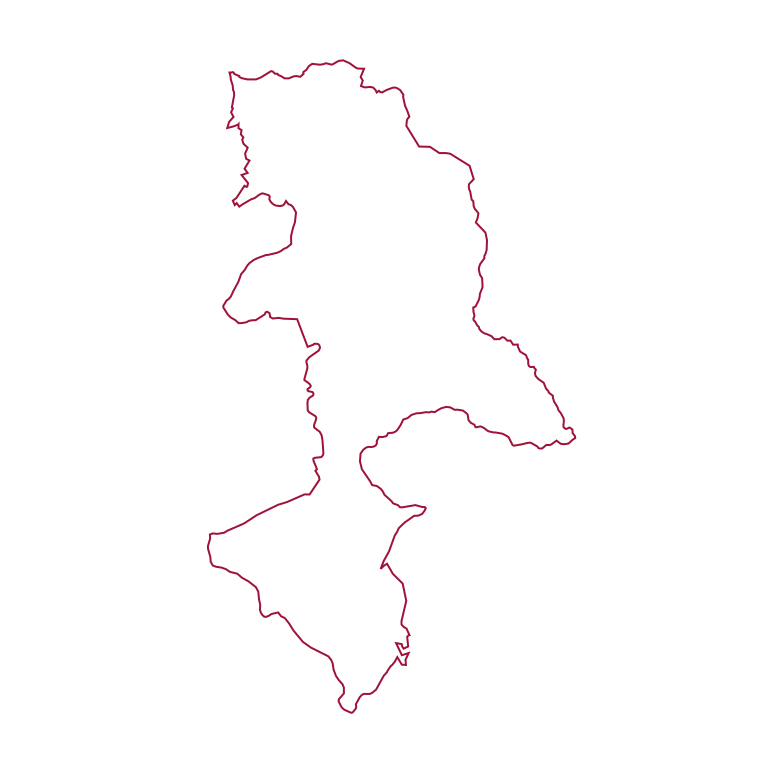 Tepango de Rodríguez, Puebla, Mexico, rotated 86°
{"feature_id": "50627088B77099076149354", "entity_name": "Tepango de Rodríguez", "entity_type": "district", "adm_level": 2, "iso_a3": "MEX", "parent_name": "Mexico", "parent_adm1": "Puebla", "projection": "albers", "projection_center": [-97.782, 20.011], "detail": "fine", "context": "isolated", "style": "outline", "palette": "rose", "viewbox_px": 768, "rotation_deg": 86, "n_neighbors": 0, "source": "geoboundaries", "source_scale": "gbopen_adm2", "svg_char_len": 6097}
<svg xmlns="http://www.w3.org/2000/svg" viewBox="0 0 768 768"><g transform="rotate(86 384 384)"><path d="M62.5,516.4L66.6,515.6L69.5,515.6L75.7,514.1L79.8,514.1L82.3,513.3L85.5,513.3L97.6,516.5L98.3,515.6L98.8,515.6L102.3,517.6L107.1,515.5L111.7,520.2L117.7,522.5L116.7,516.9L115.2,511.6L114.6,511.0L118.7,511.3L120.8,508.4L124.9,509.4L128.2,507.1L130.4,508.4L134.6,507.4L138.7,503.5L144.6,506.5L149.7,505.8L151.7,502.6L159.5,508.1L163.9,505.3L165.6,511.5L174.1,505.6L177.5,506.6L177.8,507.5L176.5,509.4L188.0,518.1L190.6,522.0L195.1,520.4L193.3,518.3L197.0,516.0L195.2,513.1L190.6,503.9L189.4,499.8L186.8,495.8L185.4,492.7L185.5,491.3L187.7,485.8L188.9,484.9L191.8,485.5L194.3,484.3L196.4,482.6L197.9,480.6L198.6,478.9L199.2,475.2L199.0,473.0L198.0,471.2L194.6,469.0L198.0,466.8L198.9,464.5L200.8,462.6L206.7,459.8L216.6,461.6L221.4,463.7L229.9,466.4L237.9,466.8L241.1,471.3L242.2,474.5L244.3,477.8L245.6,481.3L247.1,490.4L247.1,492.7L249.5,501.1L251.3,505.5L253.9,509.6L256.2,512.0L260.7,515.2L264.5,518.9L272.0,522.2L280.8,527.8L286.1,530.7L288.4,533.0L289.7,535.2L294.9,538.9L296.6,538.9L303.9,534.9L307.0,532.2L309.8,528.0L313.1,524.9L313.3,522.2L312.9,517.3L311.5,514.0L311.2,510.1L311.4,507.6L306.3,498.2L304.2,497.0L303.8,495.3L305.5,493.2L309.2,492.9L310.9,490.4L310.7,484.3L311.8,479.9L313.3,466.1L341.6,457.6L339.8,451.5L339.0,451.0L339.3,447.6L340.0,446.4L340.9,445.8L343.5,445.3L346.1,446.8L352.1,456.7L355.1,459.6L356.4,459.9L360.5,459.2L363.1,459.4L373.6,463.1L374.6,463.1L378.5,458.4L380.6,457.2L382.0,457.8L383.8,460.7L385.3,460.6L385.9,459.8L387.0,456.0L388.3,455.1L389.9,455.2L390.6,455.8L392.5,459.3L394.6,461.1L397.9,461.7L405.2,461.9L407.1,460.5L411.1,454.9L412.4,454.0L414.6,454.2L419.6,456.5L422.0,456.8L423.1,456.1L427.1,451.5L430.8,449.8L435.9,449.3L449.1,449.3L450.9,450.0L452.2,451.2L452.6,452.1L452.8,458.3L453.5,459.7L455.6,459.7L464.3,456.8L465.8,458.5L472.0,455.3L474.9,455.0L489.0,465.9L488.6,471.1L495.0,489.0L497.1,498.1L506.1,520.4L513.3,533.2L519.3,550.1L521.2,553.9L521.9,560.7L521.1,565.3L522.0,568.2L526.0,568.2L533.6,571.0L536.1,571.0L544.5,569.3L549.1,569.3L553.2,567.4L554.7,564.0L555.8,558.9L557.7,554.6L560.6,550.9L563.0,543.6L567.4,539.1L571.6,532.7L577.7,526.0L582.3,523.9L590.2,523.7L595.7,522.9L600.5,523.5L603.8,522.7L606.0,521.4L607.7,519.8L608.1,518.1L607.3,515.3L605.6,512.3L604.5,505.5L608.5,502.9L610.5,499.3L616.4,495.3L623.6,491.5L635.7,482.8L641.9,475.2L651.8,458.5L655.7,455.9L659.2,454.7L665.5,454.2L671.8,452.3L676.0,449.9L680.7,446.3L684.1,445.2L689.9,445.6L695.1,450.8L697.2,451.5L703.0,449.1L704.4,448.1L706.2,446.3L709.7,439.7L709.4,438.1L706.2,435.1L704.3,434.2L701.5,434.4L694.7,430.0L692.7,427.9L691.8,425.8L692.2,419.7L691.3,417.4L688.3,413.2L675.0,404.6L671.7,401.2L669.8,400.1L665.8,396.9L664.9,395.5L661.9,392.7L657.4,389.8L665.2,385.8L665.8,381.7L660.7,381.8L654.1,378.2L655.8,385.1L643.3,390.0L644.7,384.5L647.1,384.1L649.4,382.9L647.5,378.2L637.8,378.5L636.4,377.0L636.3,376.1L629.6,378.6L627.6,381.4L625.1,383.3L621.8,383.1L601.9,376.9L584.4,379.3L574.0,388.4L563.5,393.5L565.1,396.5L568.2,400.2L560.8,396.8L551.2,390.6L535.8,383.8L532.4,381.2L528.9,379.4L523.7,373.2L517.6,363.1L517.7,358.9L516.3,355.1L513.2,352.3L510.8,351.0L509.6,352.0L509.3,354.6L507.0,361.1L508.3,374.3L508.1,376.6L505.8,378.6L503.7,383.3L501.4,384.7L494.5,391.3L491.0,392.7L488.4,394.5L485.3,398.2L484.0,402.9L480.1,404.6L467.5,412.0L459.3,413.4L451.7,412.2L448.2,409.3L446.4,406.7L445.6,404.3L446.0,400.7L445.6,398.3L444.7,396.5L443.0,395.3L440.4,395.2L436.4,392.8L436.8,388.8L436.1,385.1L433.3,383.3L433.2,378.3L432.3,376.0L431.1,374.2L429.4,372.8L425.8,370.1L420.8,367.3L419.7,362.9L416.8,358.8L415.5,353.8L415.6,349.8L415.0,344.1L415.5,340.9L414.9,338.6L415.6,335.1L414.3,333.1L412.2,328.6L411.2,323.7L411.9,319.6L414.7,315.3L414.7,312.7L416.0,307.1L419.2,303.5L420.7,302.6L426.0,302.2L428.7,300.2L431.0,296.6L433.2,295.9L433.7,294.8L433.3,293.2L433.1,290.4L434.8,287.4L438.0,283.8L438.6,282.7L440.0,278.0L440.1,276.2L441.8,269.4L443.3,266.9L445.7,263.4L453.7,260.1L454.6,258.9L453.9,251.4L452.7,244.5L452.8,241.8L456.9,235.5L458.8,234.3L459.3,232.8L459.3,230.7L456.1,226.3L456.5,223.1L456.0,221.4L452.5,215.8L455.9,212.0L456.5,209.4L456.6,207.0L456.2,204.0L452.9,199.9L451.2,197.0L449.3,197.2L446.0,199.3L442.6,199.2L440.8,201.2L440.4,202.3L441.5,205.0L441.5,205.9L439.8,207.8L437.5,207.9L433.3,207.1L430.5,207.3L425.3,209.7L422.5,211.7L419.0,212.6L413.6,215.5L409.3,216.5L407.6,216.3L404.1,220.2L402.6,220.5L399.8,222.7L393.9,224.6L389.9,229.6L386.6,232.2L383.7,232.7L380.2,231.5L378.7,232.8L377.4,233.2L377.3,236.8L376.2,238.1L374.5,238.7L369.7,238.5L369.1,239.1L365.1,240.4L361.1,246.0L356.2,247.8L354.0,247.8L353.8,252.4L349.5,254.8L349.4,257.9L346.3,260.6L345.8,261.7L345.7,263.2L347.3,265.7L347.0,270.9L343.8,273.4L341.3,278.1L340.5,280.4L338.4,283.1L335.8,285.0L333.5,285.5L332.1,286.9L328.0,288.8L326.9,290.0L325.0,290.3L322.4,289.0L318.1,289.7L313.9,289.6L313.0,287.2L307.4,283.9L304.5,282.7L300.7,282.0L294.2,278.9L285.4,278.7L281.5,280.7L276.5,281.4L274.3,281.1L270.9,279.6L265.6,275.1L263.3,275.0L261.0,273.6L257.6,272.3L247.7,271.2L240.0,272.3L229.3,281.1L224.8,279.0L220.3,277.9L215.4,281.3L212.9,282.1L207.8,282.2L206.2,283.7L197.9,284.6L195.8,285.4L193.1,285.7L190.5,285.2L185.9,280.2L172.3,283.4L158.9,301.9L158.0,305.8L157.5,312.7L150.6,321.6L149.6,332.4L128.0,343.7L122.7,342.8L121.2,342.1L119.2,340.1L113.4,341.6L107.9,343.6L98.9,344.9L96.8,344.5L91.9,347.4L89.8,350.3L89.1,352.0L89.0,354.4L90.8,360.6L93.0,365.6L92.4,367.5L91.1,368.6L92.7,370.9L89.9,372.1L87.7,374.0L87.2,375.0L86.7,377.1L86.8,382.5L85.2,386.2L79.8,384.0L76.2,385.9L68.1,381.9L67.5,388.1L66.7,389.8L61.5,396.1L58.3,402.1L58.5,406.7L61.5,412.8L61.7,414.2L60.0,419.4L60.9,423.3L61.0,425.8L59.6,433.3L61.7,436.8L65.3,439.6L67.1,442.6L68.2,442.9L69.0,442.6L71.7,446.1L70.8,449.5L70.7,452.1L72.5,457.9L72.1,462.1L70.4,464.1L68.3,468.0L67.1,468.6L66.8,471.2L64.6,473.1L64.0,474.8L69.6,485.4L71.2,490.3L70.6,499.1L68.9,504.8L67.5,507.0L66.7,506.9L64.3,511.6L62.8,512.3L62.3,513.4L62.7,514.4L62.5,516.4Z" fill="none" stroke="#9f1239" stroke-width="2"/></g></svg>